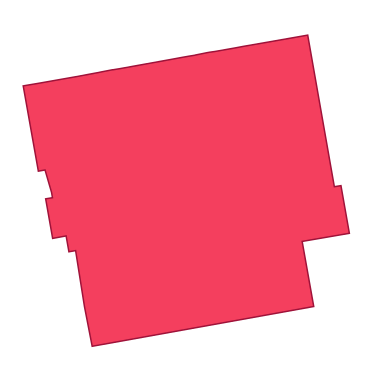 Kootenai, Idaho, United States of America, rotated 80°
{"feature_id": "52423323B63965219739114", "entity_name": "Kootenai", "entity_type": "district", "adm_level": 2, "iso_a3": "USA", "parent_name": "United States of America", "parent_adm1": "Idaho", "projection": "robinson", "projection_center": [-116.9, 47.679], "detail": "fine", "context": "isolated", "style": "filled", "palette": "rose", "viewbox_px": 384, "rotation_deg": 80, "n_neighbors": 0, "source": "geoboundaries", "source_scale": "gbopen_adm2", "svg_char_len": 727}
<svg xmlns="http://www.w3.org/2000/svg" viewBox="0 0 384 384"><g transform="rotate(80 192 192)"><path d="M57.6,50.8L57.6,56.1L57.6,59.8L57.5,116.3L57.6,124.1L57.6,144.8L57.4,150.5L57.4,151.3L57.4,153.0L57.6,160.6L57.6,161.1L57.7,165.0L57.8,165.3L57.7,171.2L57.7,178.9L57.8,189.9L57.8,191.4L57.8,192.3L57.9,218.1L58.0,241.5L57.9,248.8L57.8,249.0L58.0,260.9L58.1,263.5L58.1,265.9L58.3,287.0L58.3,293.8L58.3,307.3L58.3,317.9L58.3,324.2L58.2,335.6L58.2,339.8L144.8,339.7L144.8,332.9L167.9,330.4L173.4,330.4L173.3,337.3L213.5,337.3L213.4,323.6L229.5,323.6L229.5,316.8L286.3,317.8L326.6,317.1L325.9,92.0L259.8,92.1L260.0,44.2L211.6,44.2L211.5,50.9L187.0,50.9L57.6,50.8Z" fill="#f43f5e" stroke="#9f1239" stroke-width="1.5"/></g></svg>